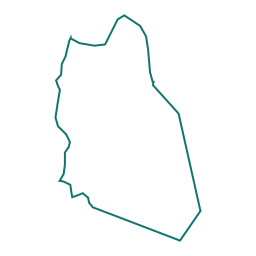 Åmål, Västra Götaland, Sweden (Mercator projection)
{"feature_id": "70781695B68260395604399", "entity_name": "Åmål", "entity_type": "district", "adm_level": 2, "iso_a3": "SWE", "parent_name": "Sweden", "parent_adm1": "Västra Götaland", "projection": "mercator", "projection_center": [12.59, 58.965], "detail": "fine", "context": "isolated", "style": "outline", "palette": "teal", "viewbox_px": 256, "rotation_deg": 0, "n_neighbors": 0, "source": "geoboundaries", "source_scale": "gbopen_adm2", "svg_char_len": 647}
<svg xmlns="http://www.w3.org/2000/svg" viewBox="0 0 256 256"><path d="M70.7,37.8L69.3,40.8L66.8,50.9L65.5,56.5L61.8,64.1L61.1,74.8L56.1,80.4L58.0,86.1L59.9,89.8L57.4,104.9L55.5,117.5L58.0,126.3L66.2,134.4L69.9,142.0L68.7,147.0L64.9,152.6L64.9,164.6L63.7,174.0L59.6,180.9L63.5,181.5L70.3,184.8L71.5,193.2L72.3,197.2L77.9,195.2L82.7,193.2L88.0,197.6L89.2,202.9L92.8,207.3L179.2,240.3L180.0,240.6L200.5,210.9L200.4,210.8L178.6,113.6L153.0,85.2L153.5,81.9L152.7,82.0L150.0,72.1L148.1,49.7L146.1,36.5L140.1,25.9L124.3,15.4L117.7,19.3L109.1,36.5L105.1,44.4L94.6,45.7L79.4,43.1L70.8,38.5L70.7,37.8Z" fill="none" stroke="#0f766e" stroke-width="2"/></svg>